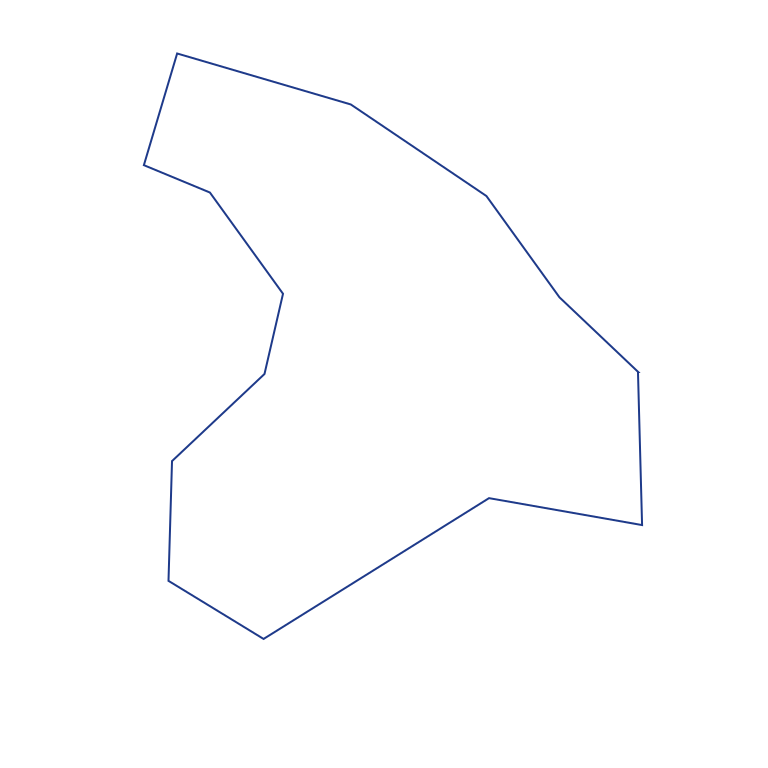 Burlöv, Skåne, Sweden (Mercator projection), rotated 193°
{"feature_id": "70781695B8533917899851", "entity_name": "Burlöv", "entity_type": "district", "adm_level": 2, "iso_a3": "SWE", "parent_name": "Sweden", "parent_adm1": "Skåne", "projection": "mercator", "projection_center": [13.132, 55.659], "detail": "fine", "context": "isolated", "style": "outline", "palette": "blue", "viewbox_px": 768, "rotation_deg": 193, "n_neighbors": 0, "source": "geoboundaries", "source_scale": "gbopen_adm2", "svg_char_len": 382}
<svg xmlns="http://www.w3.org/2000/svg" viewBox="0 0 768 768"><g transform="rotate(193 384 384)"><path d="M659.9,659.5L667.2,543.2L596.7,531.4L502.7,449.2L502.7,366.9L573.2,261.2L549.7,143.7L493.8,125.1L444.0,108.5L361.7,190.7L256.0,296.4L100.8,304.6L139.2,452.7L138.9,452.8L232.5,507.9L326.5,590.2L479.2,648.9L659.9,659.5Z" fill="none" stroke="#1e3a8a" stroke-width="2"/></g></svg>